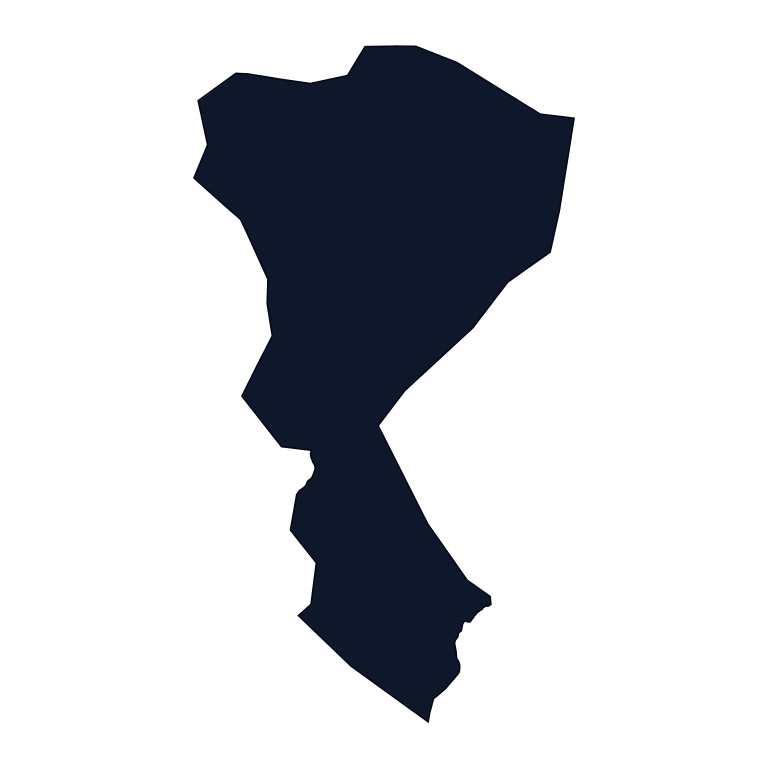 Tu'devtei, Dzavhan, Mongolia
{"feature_id": "93677404B13111069178449", "entity_name": "Tu'devtei", "entity_type": "district", "adm_level": 2, "iso_a3": "MNG", "parent_name": "Mongolia", "parent_adm1": "Dzavhan", "projection": "albers", "projection_center": [96.497, 48.852], "detail": "fine", "context": "isolated", "style": "filled", "palette": "ink", "viewbox_px": 768, "rotation_deg": 0, "n_neighbors": 0, "source": "geoboundaries", "source_scale": "gbopen_adm2", "svg_char_len": 4270}
<svg xmlns="http://www.w3.org/2000/svg" viewBox="0 0 768 768"><path d="M207.6,144.8L193.9,178.0L213.6,195.7L213.9,195.9L221.7,202.9L223.5,204.5L224.0,205.0L224.9,205.7L231.2,211.3L235.6,215.1L237.6,216.8L240.6,219.5L242.2,222.9L242.4,223.3L246.9,232.9L267.9,279.3L267.5,292.3L267.3,297.9L267.3,298.0L267.2,302.3L267.2,303.9L268.4,311.7L269.2,316.3L269.3,317.4L271.6,331.4L272.3,335.9L264.5,351.1L264.2,351.8L262.9,354.1L262.6,354.8L261.0,357.8L259.2,361.4L258.6,362.5L258.0,363.6L257.7,364.3L253.5,372.8L253.4,372.9L250.8,378.1L249.8,380.2L247.1,385.6L246.6,386.6L244.3,391.3L244.0,391.9L241.9,396.1L251.7,408.7L252.6,409.8L263.4,423.6L264.5,425.1L265.0,425.7L265.8,426.6L268.1,429.6L268.6,430.3L273.4,436.4L273.9,437.1L274.9,438.3L275.3,438.8L276.4,440.2L277.0,440.9L281.5,446.7L311.5,450.3L310.7,452.8L310.5,453.8L310.6,454.7L310.7,454.9L310.8,456.0L311.2,457.9L311.7,458.9L312.8,461.8L313.2,462.9L314.2,464.4L314.8,466.0L315.1,467.3L315.1,468.6L314.9,469.6L314.9,469.8L314.8,470.0L314.5,471.0L313.4,474.1L312.1,477.0L311.0,478.5L310.1,479.4L308.7,480.2L308.0,480.9L307.6,481.4L307.3,482.0L306.8,483.2L306.0,485.1L305.3,486.0L304.6,486.7L303.5,487.8L302.3,488.5L302.0,488.8L301.6,489.1L300.8,489.8L299.7,490.3L298.8,491.3L298.2,492.1L296.6,494.8L295.0,504.2L294.9,504.5L293.8,511.0L290.4,530.1L316.3,562.8L311.0,604.3L298.4,615.6L350.8,665.9L350.8,666.0L374.8,683.3L375.3,683.7L377.1,685.0L378.0,685.7L387.3,692.4L387.9,692.8L388.6,693.3L390.8,694.9L391.4,695.3L391.7,695.5L392.6,696.2L414.1,711.8L414.5,712.0L428.2,721.9L429.7,713.0L433.5,698.8L434.4,698.0L435.5,697.1L437.7,695.3L438.3,694.8L445.6,688.6L448.8,684.7L451.5,681.6L451.9,681.1L453.2,679.6L453.3,679.5L456.8,675.3L457.5,674.5L458.4,673.5L458.9,672.4L459.3,671.7L459.6,669.6L459.7,667.0L459.7,665.5L459.5,664.0L459.2,662.9L458.7,661.5L458.1,660.6L457.0,659.0L456.7,658.2L456.5,657.0L456.4,655.9L456.4,654.8L456.2,653.3L456.1,651.7L455.5,648.3L455.3,647.3L455.1,646.0L454.9,645.2L454.7,644.1L454.7,643.3L454.8,642.3L454.9,641.5L455.4,640.3L456.2,639.0L457.0,638.1L457.7,637.1L458.1,635.6L458.2,634.8L458.4,634.0L458.5,633.4L458.8,632.7L459.3,632.3L460.0,631.9L460.6,631.4L461.3,630.6L461.8,628.6L462.7,623.9L463.5,622.4L464.0,621.9L464.6,621.3L465.0,621.0L465.4,621.0L465.6,621.0L466.0,621.2L467.3,621.7L467.6,621.8L468.2,622.0L469.1,622.0L469.4,622.0L469.8,621.9L470.3,621.7L470.7,621.2L471.0,620.8L471.3,620.3L471.9,619.5L472.3,618.9L472.8,618.2L473.2,617.8L473.8,617.0L474.0,616.5L474.4,615.9L474.9,615.4L475.4,614.9L475.8,614.6L476.1,613.9L476.4,613.3L476.9,612.9L477.5,612.5L478.5,611.8L479.0,611.3L479.2,611.2L479.8,610.7L480.8,610.0L481.6,609.7L482.2,609.2L482.4,608.8L482.8,608.1L483.1,607.7L483.5,607.5L483.9,607.3L484.4,607.1L484.7,606.8L485.0,606.5L485.2,606.3L485.5,606.1L486.2,605.9L486.6,605.9L487.5,606.2L488.1,606.2L488.7,606.0L489.0,605.8L489.1,605.6L489.2,605.4L489.7,605.0L490.4,604.7L490.6,604.6L490.9,604.5L490.9,603.7L490.2,596.5L490.0,596.4L467.3,580.3L447.5,552.0L441.1,542.8L441.0,542.7L436.2,535.9L429.4,526.3L427.6,523.6L425.9,520.2L424.2,516.9L405.8,480.4L405.7,480.2L397.0,462.9L396.8,462.6L382.0,433.2L378.2,425.6L383.2,419.0L383.3,418.9L395.7,402.6L404.8,390.6L427.3,369.9L439.8,358.3L440.6,357.6L452.2,346.9L452.5,346.6L455.1,344.2L473.0,327.7L479.2,319.5L479.7,318.8L486.1,310.5L486.5,309.9L487.2,309.0L487.4,308.7L489.3,306.2L490.5,304.7L494.6,299.3L495.1,298.6L507.8,282.1L523.4,271.0L527.3,268.2L527.9,267.8L550.2,252.1L550.4,250.8L550.7,249.7L551.2,247.5L551.4,246.7L559.4,210.6L561.7,196.0L561.8,195.7L562.2,192.9L562.2,192.7L565.2,173.8L565.3,173.6L574.1,118.2L540.2,114.1L529.9,107.7L529.6,107.6L526.8,105.8L526.7,105.8L511.0,96.0L510.4,95.7L501.1,89.9L500.9,89.8L500.3,89.4L457.1,62.6L445.3,57.9L443.6,57.3L441.2,56.3L439.3,55.5L434.5,53.7L433.2,53.1L431.7,52.5L430.7,52.2L415.9,46.3L397.6,46.1L395.1,46.1L394.4,46.1L393.3,46.2L392.6,46.2L386.4,46.3L384.1,46.3L365.0,46.6L352.4,67.4L349.1,72.8L348.9,73.2L348.7,73.6L348.3,74.1L347.5,75.5L328.0,79.7L327.6,79.8L310.3,83.5L278.5,78.9L270.9,77.6L270.2,77.5L269.0,77.3L268.0,77.1L267.4,77.1L266.8,76.9L264.8,76.6L263.1,76.3L257.7,75.5L254.7,75.0L252.7,74.7L251.3,74.4L251.2,74.4L248.5,74.0L247.4,73.9L236.0,73.3L235.9,73.3L198.1,100.7L207.6,144.8L207.6,144.8Z" fill="#0f172a" stroke="#020617" stroke-width="1.5"/></svg>